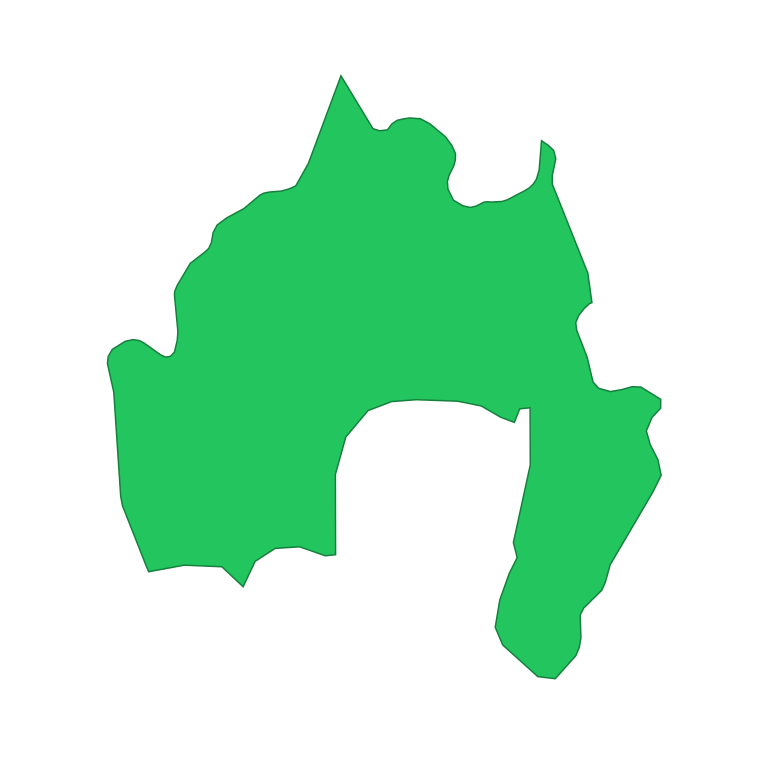 SVG path tracing the border of Louth, rotated 84°
{"feature_id": "IRL-712", "entity_name": "Louth", "entity_type": "County", "adm_level": 1, "iso_a3": "IRL", "parent_name": "Ireland", "parent_adm1": "", "projection": "natural_earth1", "projection_center": [-6.434, 53.913], "detail": "fine", "context": "isolated", "style": "filled", "palette": "green", "viewbox_px": 768, "rotation_deg": 84, "n_neighbors": 0, "source": "natural_earth", "source_scale": "10m", "svg_char_len": 1789}
<svg xmlns="http://www.w3.org/2000/svg" viewBox="0 0 768 768"><g transform="rotate(84 384 384)"><path d="M428.2,110.4L437.0,111.4L445.3,121.0L458.1,128.0L472.4,125.5L487.7,119.5L503.8,117.9L519.7,128.0L587.5,178.0L604.3,184.6L611.9,189.0L627.5,208.6L634.1,213.0L657.0,214.7L666.3,217.3L674.2,221.6L695.0,244.5L691.1,261.6L656.0,293.2L637.5,298.8L610.8,291.4L585.4,279.2L570.6,269.7L555.2,271.9L479.8,247.0L422.9,241.2L422.9,251.6L435.8,258.4L429.3,271.4L416.0,289.6L408.8,312.6L403.0,353.5L402.3,378.4L408.8,402.7L432.7,427.5L468.8,441.8L548.7,450.0L548.7,460.4L537.1,484.9L536.1,509.4L546.9,530.7L570.9,545.3L548.8,564.4L543.3,601.5L546.1,637.7L540.5,639.4L477.8,656.8L468.1,657.6L363.9,653.6L334.8,656.9L327.7,655.4L321.1,650.5L314.5,636.9L313.6,629.0L315.3,622.6L318.1,618.5L331.8,602.9L334.4,598.4L334.2,593.6L330.4,589.1L319.4,585.2L310.6,583.5L273.8,583.1L270.1,582.5L264.1,579.2L243.8,564.1L234.2,548.6L230.8,544.1L225.3,540.9L215.5,538.1L208.4,533.3L202.2,522.8L194.9,505.0L183.3,487.8L181.6,483.4L181.1,477.7L181.4,466.3L180.6,460.8L179.4,455.6L177.7,451.0L156.6,436.1L73.0,394.6L128.9,368.3L131.7,362.0L131.6,354.0L125.9,348.7L123.1,343.3L122.4,337.3L122.1,330.6L124.0,320.1L130.1,311.1L144.5,297.1L154.0,291.5L162.5,288.8L169.0,289.7L174.1,291.7L183.4,297.5L189.2,299.8L196.9,300.0L208.4,295.8L215.0,287.0L217.4,279.9L216.7,273.9L213.7,265.9L213.5,263.7L213.7,261.6L214.3,257.9L214.8,247.4L213.7,242.1L206.2,223.2L204.1,218.9L200.9,214.8L196.3,211.0L187.2,207.3L158.5,201.9L163.8,195.7L169.4,190.9L178.0,189.6L194.4,194.9L202.9,195.7L295.0,169.7L324.8,168.7L325.5,171.2L329.8,177.0L336.2,183.2L343.1,186.9L350.8,186.7L378.5,179.2L403.8,175.9L410.7,171.0L415.2,159.5L414.4,148.0L412.6,137.4L413.9,128.8L428.2,110.4Z" fill="#22c55e" stroke="#15803d" stroke-width="1.5"/></g></svg>